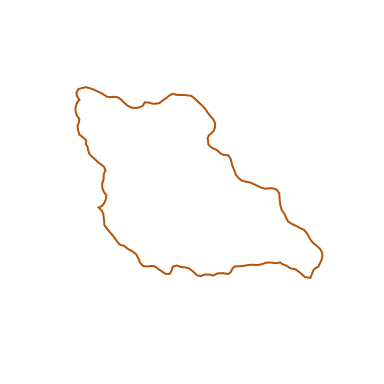 Santa Helena de Minas, Minas Gerais, Brazil (Natural Earth projection), rotated 294°
{"feature_id": "56859067B7306542028924", "entity_name": "Santa Helena de Minas", "entity_type": "district", "adm_level": 2, "iso_a3": "BRA", "parent_name": "Brazil", "parent_adm1": "Minas Gerais", "projection": "natural_earth1", "projection_center": [-40.656, -16.909], "detail": "fine", "context": "isolated", "style": "outline", "palette": "amber", "viewbox_px": 384, "rotation_deg": 294, "n_neighbors": 0, "source": "geoboundaries", "source_scale": "gbopen_adm2", "svg_char_len": 2397}
<svg xmlns="http://www.w3.org/2000/svg" viewBox="0 0 384 384"><g transform="rotate(294 192 192)"><path d="M244.6,52.4L242.1,49.1L239.8,46.4L235.6,46.0L232.5,48.2L230.3,51.8L227.1,50.6L223.1,51.0L218.9,52.4L215.0,55.7L212.7,59.5L209.5,60.4L205.9,60.4L202.3,62.7L198.7,65.6L197.6,70.0L196.2,74.4L192.6,75.5L190.8,78.2L187.6,80.4L185.2,82.6L183.8,85.7L182.3,90.4L180.9,94.3L180.2,97.7L179.2,101.4L176.5,104.2L172.2,104.2L167.9,106.0L162.6,106.6L158.8,108.8L156.1,111.6L154.1,115.1L150.9,116.1L146.9,116.4L142.7,115.5L139.9,113.0L138.2,117.2L136.0,119.8L132.3,122.0L128.9,124.0L126.3,125.2L124.1,128.8L122.2,132.7L120.7,135.9L119.0,139.2L116.7,143.0L114.5,147.5L115.2,152.0L113.9,156.8L113.5,161.7L112.3,166.5L109.0,170.6L105.9,173.9L104.5,177.7L105.9,181.6L107.6,184.3L109.0,188.1L107.9,192.5L107.3,196.1L106.4,201.4L108.2,205.0L112.1,205.4L116.1,204.8L118.7,208.2L119.0,212.5L120.3,216.3L121.0,219.9L120.3,223.5L119.2,227.1L118.0,230.3L118.6,234.3L121.7,237.0L123.4,240.8L124.3,245.2L128.1,248.6L130.5,253.4L131.7,258.3L134.8,260.1L139.0,260.1L141.6,261.7L143.4,265.4L145.5,269.2L147.6,272.2L149.9,276.3L151.2,279.7L153.0,283.4L155.5,286.3L157.8,288.8L159.5,292.4L161.0,297.4L163.5,301.2L162.8,304.5L163.1,308.5L162.3,312.8L163.5,317.7L162.3,323.4L160.2,329.8L161.7,335.1L166.0,334.9L170.1,334.7L172.7,335.8L175.3,337.8L178.8,337.9L182.6,338.0L187.3,336.9L189.9,335.2L192.3,331.8L193.8,326.9L194.8,323.4L196.5,319.8L199.3,316.1L201.4,313.2L203.0,309.4L203.0,305.4L203.3,301.9L203.4,296.1L204.2,291.6L206.5,288.8L209.4,285.6L212.1,281.2L215.8,278.1L218.9,276.3L221.8,274.6L226.3,272.2L228.6,268.5L228.3,264.6L226.9,261.4L224.7,257.2L224.1,253.7L224.3,250.3L224.3,245.8L224.3,241.0L223.2,236.3L222.7,232.6L223.7,228.9L225.3,225.5L228.9,221.9L232.2,218.4L235.1,216.1L237.9,213.9L240.3,210.3L238.7,206.0L238.8,202.5L240.4,197.9L240.5,191.9L242.0,187.7L245.0,186.0L247.5,184.4L250.4,184.3L254.1,186.1L257.2,187.0L260.7,186.7L264.4,185.0L267.1,181.7L269.0,177.5L271.0,173.9L273.0,170.7L274.7,167.3L276.2,162.8L278.1,157.7L279.5,152.1L277.8,146.3L275.6,141.3L274.4,138.1L273.9,134.4L270.6,131.9L266.7,129.9L263.2,127.7L259.7,125.9L256.8,120.8L256.1,116.1L254.7,112.4L250.6,111.9L248.0,109.5L246.1,106.9L244.4,102.6L244.7,97.7L246.1,93.5L247.6,89.7L248.3,85.9L247.5,82.6L245.5,79.0L244.4,75.3L245.3,70.6L245.5,65.0L245.6,60.6L245.3,57.0L244.6,52.4Z" fill="none" stroke="#b45309" stroke-width="2"/></g></svg>